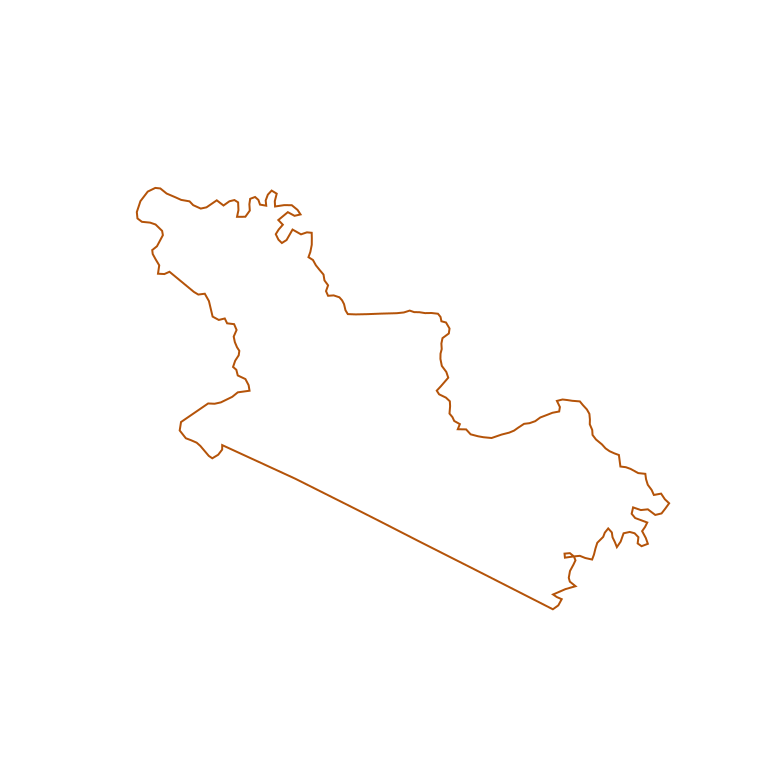 Jardim Alegre, Paraná, Brazil, rotated 244°
{"feature_id": "56859067B44412461439059", "entity_name": "Jardim Alegre", "entity_type": "district", "adm_level": 2, "iso_a3": "BRA", "parent_name": "Brazil", "parent_adm1": "Paraná", "projection": "equal_earth", "projection_center": [-51.748, -24.211], "detail": "fine", "context": "isolated", "style": "outline", "palette": "amber", "viewbox_px": 768, "rotation_deg": 244, "n_neighbors": 0, "source": "geoboundaries", "source_scale": "gbopen_adm2", "svg_char_len": 3299}
<svg xmlns="http://www.w3.org/2000/svg" viewBox="0 0 768 768"><g transform="rotate(244 384 384)"><path d="M361.5,444.5L367.5,445.3L374.9,443.9L381.8,445.7L386.5,448.1L390.1,451.2L395.2,453.3L399.6,456.7L401.0,464.4L405.1,467.2L412.1,466.7L415.2,463.1L419.5,464.2L423.5,463.3L427.0,457.8L429.7,452.0L433.0,447.3L435.4,442.6L438.7,439.3L439.6,433.2L442.0,426.6L448.5,412.3L454.1,399.6L459.0,389.0L462.7,382.1L467.2,381.7L473.3,383.1L477.6,383.0L481.5,381.9L485.7,377.6L487.8,372.4L492.9,372.6L497.2,377.0L503.2,375.9L508.9,377.6L514.8,376.1L520.6,374.8L526.6,374.5L531.1,371.7L535.0,375.7L540.8,380.1L546.8,383.1L551.6,385.3L554.1,381.2L554.9,375.0L562.9,369.5L560.3,365.7L556.1,359.5L555.5,354.0L560.0,352.4L566.1,352.4L569.1,357.2L571.5,362.9L577.7,360.9L580.6,372.9L574.4,377.3L573.0,383.3L578.4,382.6L585.1,379.5L588.5,372.8L591.3,363.9L596.2,366.0L602.1,371.0L607.1,367.8L605.1,362.6L600.8,358.1L595.9,356.3L599.6,351.2L604.5,351.8L608.6,350.1L609.1,344.9L604.6,341.8L598.7,339.4L595.1,332.7L598.7,325.2L604.1,329.4L611.2,332.5L614.9,330.2L616.0,325.2L614.8,318.0L622.4,314.2L620.6,301.9L622.0,296.2L628.4,290.9L633.4,289.3L638.4,282.4L643.1,278.5L650.5,272.1L657.8,268.7L660.5,264.4L660.5,256.0L655.1,245.2L652.0,242.2L646.9,237.2L640.9,235.0L635.9,237.5L631.6,244.5L627.5,248.6L618.9,251.7L614.7,250.5L607.3,240.3L606.0,234.4L602.2,233.1L596.1,233.4L589.2,234.0L582.2,229.2L579.1,234.8L578.9,240.4L550.1,253.5L545.8,256.3L543.7,262.5L535.3,263.0L519.7,259.5L514.0,263.6L512.7,269.6L507.3,269.6L503.5,275.5L497.2,275.2L492.5,269.7L487.0,268.3L481.5,268.0L477.2,268.5L473.5,266.0L470.2,260.5L465.5,255.8L461.5,257.5L455.8,256.3L449.2,261.6L442.3,261.8L436.9,260.2L440.6,248.9L439.0,242.0L439.0,229.3L440.5,223.1L443.6,217.4L438.8,184.9L431.8,180.0L422.1,182.1L418.2,185.8L413.4,189.9L408.8,191.8L396.2,195.0L392.5,197.1L393.1,204.0L396.0,209.8L400.0,211.8L337.8,262.7L281.2,305.9L261.1,321.1L228.3,345.7L168.4,391.1L107.5,437.0L108.6,443.6L112.7,449.4L116.8,445.9L120.7,443.7L120.1,457.2L118.3,467.5L124.9,464.4L128.8,465.1L134.4,469.2L138.7,475.2L141.6,478.8L145.8,479.1L143.7,484.7L139.4,488.6L135.0,494.1L138.6,497.9L143.5,502.0L147.8,506.1L150.5,514.0L153.6,517.3L155.9,522.2L150.7,523.7L146.0,522.2L140.6,522.2L135.3,521.8L138.6,527.6L144.8,533.9L143.3,540.0L140.0,543.8L134.8,545.5L129.5,542.1L125.3,544.4L124.7,551.1L130.8,551.8L138.6,551.5L141.1,556.0L144.1,559.9L153.4,551.0L158.8,549.7L163.9,553.8L158.1,559.6L155.7,566.2L147.4,570.4L146.0,576.7L148.7,582.2L151.8,588.0L157.3,585.9L164.0,585.0L166.0,577.9L171.4,578.1L177.8,576.9L183.6,577.8L188.7,579.5L192.5,573.4L199.6,568.4L203.2,564.9L206.2,560.3L217.2,564.0L220.6,560.7L224.7,557.3L229.0,554.9L234.2,553.4L241.2,550.2L246.8,549.1L251.4,551.0L257.6,551.3L261.8,553.5L267.1,555.5L272.2,555.2L277.9,553.5L282.5,552.4L286.4,545.8L289.3,541.6L291.8,537.7L293.0,532.0L286.2,532.0L282.5,529.4L284.3,522.8L284.7,517.6L285.4,509.8L284.3,503.6L285.0,497.6L286.8,492.4L285.9,485.4L285.1,480.5L285.4,475.2L287.0,467.5L288.3,457.0L292.6,450.0L295.8,445.6L300.8,439.8L307.2,437.9L311.0,430.5L314.7,434.6L320.0,430.9L324.2,431.0L328.7,429.9L335.1,433.7L339.6,435.6L344.6,433.7L350.6,429.0L354.9,428.5L357.0,434.0L361.5,444.5ZM145.8,479.1L148.6,470.5L152.4,471.9L150.5,476.9L145.8,479.1Z" fill="none" stroke="#b45309" stroke-width="2"/></g></svg>